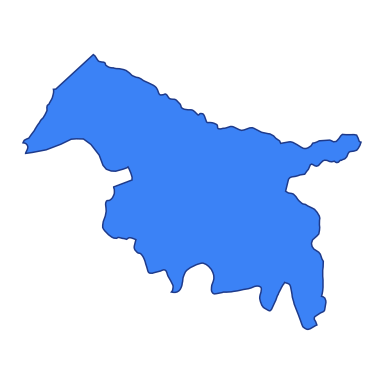 Desruisseaux, Micoud, Saint Lucia
{"feature_id": "8701671B99321727283863", "entity_name": "Desruisseaux", "entity_type": "district", "adm_level": 2, "iso_a3": "LCA", "parent_name": "Saint Lucia", "parent_adm1": "Micoud", "projection": "robinson", "projection_center": [-60.935, 13.796], "detail": "fine", "context": "isolated", "style": "filled", "palette": "blue", "viewbox_px": 384, "rotation_deg": 0, "n_neighbors": 0, "source": "geoboundaries", "source_scale": "gbopen_adm2", "svg_char_len": 6009}
<svg xmlns="http://www.w3.org/2000/svg" viewBox="0 0 384 384"><path d="M316.9,325.0L315.6,321.5L314.3,319.4L314.3,317.7L314.8,316.7L317.3,315.0L320.5,312.9L323.0,311.8L324.0,311.1L324.6,310.1L325.9,302.5L325.8,300.7L324.8,298.1L323.1,296.8L321.5,296.3L322.2,293.7L322.7,290.8L323.0,287.3L323.0,279.9L322.7,276.2L322.7,270.2L323.1,267.0L323.3,261.3L322.0,259.1L320.3,254.2L318.7,252.2L313.8,249.0L312.1,246.5L311.6,244.3L311.5,243.1L312.6,239.8L317.1,235.8L318.8,233.9L319.5,230.2L319.7,227.3L319.4,224.8L319.5,220.4L319.8,218.2L319.3,216.0L317.1,212.3L314.5,209.3L312.1,208.0L307.7,205.9L305.4,204.4L303.2,204.0L301.8,203.3L299.0,200.8L297.7,199.3L295.9,196.6L293.4,194.1L291.8,193.5L288.5,193.0L287.1,192.2L285.6,191.2L288.5,179.3L289.8,177.7L291.7,176.9L295.3,176.4L297.6,175.8L300.1,174.9L304.7,174.2L306.8,171.2L308.4,169.3L310.3,164.8L311.6,164.1L312.9,164.6L314.7,165.7L316.4,166.2L317.8,165.8L318.6,165.4L320.8,162.9L322.9,160.9L324.5,160.2L327.0,160.4L329.6,161.5L331.7,161.8L334.3,161.2L335.6,162.2L336.8,162.6L338.4,162.2L340.3,160.3L341.4,160.3L342.6,159.6L344.4,159.0L345.2,158.5L346.8,156.7L348.1,153.5L349.1,152.1L350.1,151.6L353.9,151.1L356.7,150.2L358.2,148.4L359.9,145.4L361.0,142.2L360.3,142.1L359.1,141.1L358.1,138.1L356.6,135.1L354.0,134.6L349.7,134.7L346.2,134.7L342.4,134.4L340.8,135.8L338.9,138.6L336.3,141.4L333.6,141.8L331.1,140.6L329.7,140.1L319.3,140.8L317.1,141.9L314.7,142.8L312.8,143.1L311.1,145.8L308.1,147.8L306.1,148.5L304.3,148.5L303.2,148.3L300.8,147.0L297.0,144.6L292.9,142.4L290.6,141.8L289.0,141.9L285.0,142.6L280.7,143.4L279.6,140.9L275.8,138.3L273.6,135.9L271.8,134.9L269.9,133.9L268.2,133.7L261.6,132.3L253.7,128.2L252.2,127.7L249.7,127.9L244.2,129.9L241.5,130.4L239.3,129.7L233.5,126.9L232.5,126.6L231.6,126.5L230.4,126.5L225.8,128.0L224.3,128.3L223.0,128.3L220.8,128.9L219.7,128.9L218.8,128.8L218.0,128.5L217.6,127.6L217.5,126.4L217.3,125.3L216.9,124.7L216.1,124.2L213.9,123.2L212.4,122.8L211.1,122.6L209.9,122.5L207.6,122.6L207.0,122.3L206.6,121.9L206.3,121.2L204.5,116.2L203.7,114.7L202.8,113.8L201.8,113.6L200.9,113.5L200.0,113.6L198.7,114.9L198.1,115.0L197.3,114.3L194.8,111.8L193.3,110.6L192.1,110.0L190.9,109.8L188.1,109.8L184.5,109.3L182.8,108.6L181.7,107.8L181.1,106.9L181.0,106.3L180.7,105.3L180.2,104.2L177.5,101.4L176.8,100.6L175.7,99.7L174.5,99.3L172.3,99.2L170.7,99.0L169.9,98.7L169.1,98.2L168.4,97.3L166.8,94.9L166.0,94.3L165.2,94.0L164.3,94.3L163.3,94.7L160.7,95.0L160.1,94.8L159.4,94.3L158.9,93.5L158.6,92.9L157.9,90.9L157.4,89.6L156.2,87.6L155.3,86.7L154.4,86.0L153.2,85.2L148.5,82.9L144.7,81.2L143.3,80.5L140.9,78.8L138.6,77.7L135.9,77.2L134.3,76.5L132.7,75.8L131.8,75.3L129.6,73.1L128.7,72.4L126.1,70.5L123.7,69.6L120.3,68.9L119.2,68.7L116.4,68.6L115.2,68.4L113.9,68.1L113.1,67.8L112.2,67.9L109.8,67.5L108.7,67.1L107.8,66.6L106.0,65.4L105.6,64.8L105.3,63.6L104.7,62.6L103.2,62.1L102.2,62.1L99.3,61.5L98.4,61.0L97.3,59.6L95.1,56.1L94.7,55.7L93.3,54.6L55.8,89.1L53.4,89.3L53.6,90.2L53.6,92.3L53.2,94.4L52.3,97.8L51.6,99.3L49.5,103.0L49.1,104.0L47.7,105.1L47.3,105.5L46.9,107.2L47.0,110.6L46.8,110.9L46.4,111.9L44.7,115.3L44.0,116.3L43.3,117.7L42.8,118.1L40.8,120.2L39.1,123.1L38.2,124.2L36.6,126.6L35.8,128.0L35.3,128.7L34.4,130.5L31.2,134.7L29.0,137.9L28.5,138.3L27.1,138.8L25.1,139.8L24.3,140.3L23.9,140.9L23.3,142.1L23.0,142.8L24.7,143.1L25.5,143.4L26.1,143.8L27.3,145.2L27.8,146.6L27.8,147.8L27.4,149.2L25.6,153.1L25.6,153.4L32.1,152.5L46.2,149.8L60.9,144.2L71.2,139.2L76.4,138.8L83.5,139.0L90.9,144.4L99.2,155.1L103.0,165.3L106.3,169.2L111.2,171.0L115.7,171.2L122.9,169.2L127.1,167.7L128.0,166.9L129.0,168.7L130.8,173.0L132.1,177.2L132.0,180.0L113.7,186.9L113.7,187.6L114.3,189.3L114.4,191.8L114.3,193.6L113.8,195.0L112.5,197.7L111.4,199.0L109.5,200.4L107.1,200.6L106.4,201.2L105.7,202.9L105.6,204.7L106.0,207.9L106.2,211.3L105.3,216.0L103.3,221.5L102.7,225.2L102.7,227.5L103.6,229.3L104.9,231.0L108.5,234.7L111.9,237.2L113.9,238.1L116.6,238.3L118.1,237.4L119.6,237.6L122.5,238.4L124.2,238.6L126.6,239.3L128.4,238.0L129.2,237.7L131.0,237.8L133.4,238.6L135.9,239.6L134.3,246.0L134.2,247.0L134.2,247.8L134.5,248.9L135.0,250.0L137.1,252.3L138.1,253.0L140.2,253.4L141.1,254.1L142.1,255.3L143.0,256.6L144.0,258.6L144.9,260.9L145.3,262.2L145.6,263.5L146.8,267.2L147.8,270.8L148.2,271.8L148.8,272.6L149.7,273.1L150.9,273.2L152.6,273.2L153.6,272.8L156.3,272.1L160.6,271.0L161.8,270.4L163.6,269.8L164.5,269.9L165.4,270.3L166.0,270.9L166.4,271.6L166.8,272.5L167.3,274.2L168.0,276.1L170.7,280.8L172.2,283.8L172.7,284.8L173.0,285.6L173.1,286.7L173.0,288.0L172.5,290.6L171.4,292.0L172.9,292.3L174.1,292.4L175.2,292.4L176.1,292.2L177.2,291.9L178.8,290.9L179.5,290.2L180.2,289.3L181.0,287.8L181.6,286.3L182.0,284.9L182.2,283.3L182.6,281.6L182.9,278.7L183.1,277.5L184.2,274.5L185.4,271.9L186.4,270.7L187.1,270.0L189.8,268.0L190.8,267.4L193.9,265.9L195.9,264.9L197.5,264.3L200.1,263.5L201.3,263.2L202.3,263.1L203.3,263.2L206.1,264.4L208.7,266.4L209.4,267.2L211.4,269.5L212.9,272.6L213.7,275.2L213.8,276.1L213.9,278.3L213.7,279.6L213.3,281.1L212.9,282.3L211.8,285.2L211.6,286.6L211.5,287.6L211.4,289.9L211.6,291.1L212.2,292.3L212.9,293.2L214.0,293.8L214.5,293.9L216.7,293.6L222.3,292.5L223.3,292.1L226.7,292.1L231.4,291.8L233.4,291.4L237.1,290.9L239.1,290.5L243.4,289.5L248.4,288.7L251.1,287.9L254.7,286.4L257.0,286.0L259.0,286.2L259.8,286.6L260.6,287.0L261.1,287.7L261.4,289.0L261.0,292.0L260.1,295.0L259.8,296.7L259.7,298.1L260.0,299.8L260.5,301.8L261.8,305.2L263.2,307.2L264.2,308.0L268.4,310.4L269.5,310.8L270.1,310.7L270.5,310.5L271.6,309.2L274.5,302.9L275.8,300.2L276.7,297.6L277.3,295.9L278.3,294.2L278.6,293.1L280.5,289.5L281.2,288.0L282.7,285.3L283.8,283.9L284.6,282.4L285.6,282.8L287.7,283.4L289.2,284.2L289.9,285.0L290.3,285.9L290.6,286.9L291.6,292.0L292.0,294.3L292.2,296.1L292.4,297.4L293.2,300.2L293.6,301.5L294.2,304.1L296.1,309.0L298.4,314.8L299.9,318.9L300.5,320.5L301.7,324.0L302.7,326.4L303.3,327.2L305.4,328.6L307.0,329.3L308.0,329.4L310.1,328.8L315.9,325.4L316.3,325.3L316.9,325.0Z" fill="#3b82f6" stroke="#1e3a8a" stroke-width="1.5"/></svg>